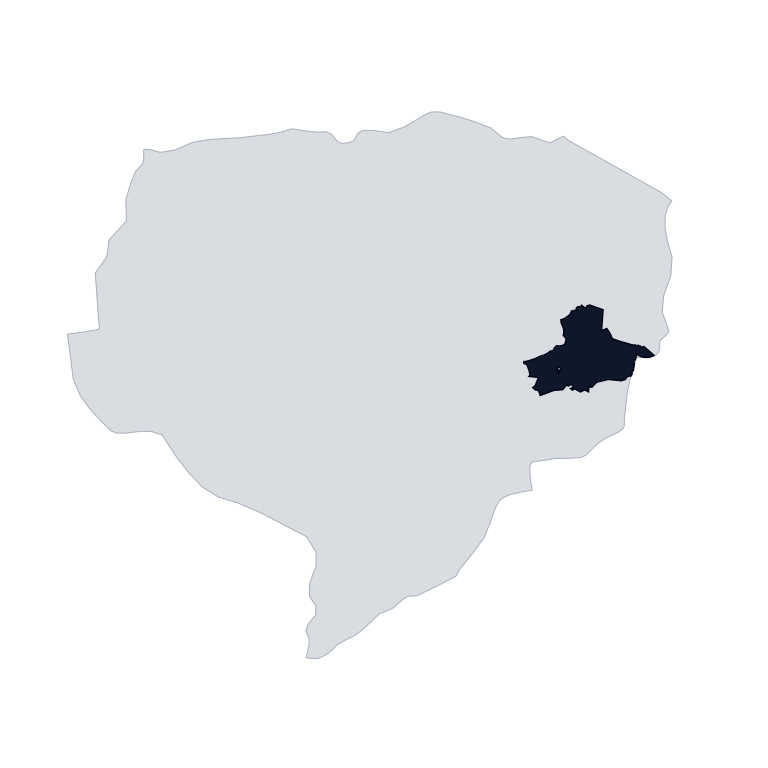 Gwanda, Matabeleland South, Zimbabwe (highlighted), rotated 263°
{"feature_id": "62879985B81037274427079", "entity_name": "Gwanda", "entity_type": "district", "adm_level": 2, "iso_a3": "ZWE", "parent_name": "Zimbabwe", "parent_adm1": "Matabeleland South", "projection": "equal_earth", "projection_center": [29.396, -21.277], "detail": "fine", "context": "in_parent", "style": "filled", "palette": "ink", "viewbox_px": 768, "rotation_deg": 263, "n_neighbors": 0, "source": "geoboundaries", "source_scale": "gbopen_adm2", "svg_char_len": 7186}
<svg xmlns="http://www.w3.org/2000/svg" viewBox="0 0 768 768"><g transform="rotate(263 384 384)"><path d="M530.7,692.0L524.6,686.8L516.3,683.5L505.7,682.0L492.0,682.6L475.1,685.4L457.0,682.0L437.6,672.4L421.5,668.9L402.3,673.1L401.5,673.2L398.2,670.0L392.9,662.9L384.1,661.7L381.8,660.0L379.8,657.4L378.5,654.0L378.0,650.3L379.4,638.7L378.7,637.4L376.3,636.0L371.5,634.6L359.9,629.3L345.4,624.3L321.8,618.7L312.6,617.2L310.5,615.5L307.8,611.2L303.3,597.8L299.0,589.0L288.7,575.4L287.1,571.2L287.6,560.4L288.3,551.6L289.3,544.2L288.8,537.2L288.6,528.6L288.9,522.8L287.6,520.3L283.9,518.5L273.3,517.7L260.6,518.1L260.2,509.3L258.9,495.7L256.5,487.9L253.5,483.8L247.7,479.6L235.8,473.7L219.6,464.9L205.7,451.8L189.8,435.5L184.8,432.6L178.9,417.3L169.8,391.1L170.3,382.3L168.9,378.0L160.2,365.1L158.2,358.4L156.6,351.6L142.7,332.7L137.9,324.4L134.3,313.8L130.6,305.3L127.6,301.9L123.6,296.1L120.8,289.5L119.6,284.5L120.5,277.9L121.8,273.4L135.0,278.1L142.2,278.5L147.8,276.2L154.8,279.3L163.1,287.9L172.1,289.5L181.9,284.2L195.1,285.8L211.8,294.4L225.5,296.1L241.9,288.5L256.4,267.4L270.1,247.6L283.6,224.7L291.7,206.2L303.7,191.2L319.4,179.6L335.5,169.8L360.2,157.7L360.2,157.8L365.1,147.8L366.7,137.0L366.7,121.9L368.0,112.2L370.6,107.7L374.7,104.3L380.0,99.8L396.2,88.3L409.8,81.0L426.4,76.2L444.6,76.1L462.1,76.0L472.1,76.0L472.2,90.5L472.9,106.9L474.9,108.4L488.0,108.8L509.1,109.9L529.5,111.0L542.4,122.9L546.8,125.4L560.3,128.5L577.4,148.3L598.2,150.1L612.4,156.3L624.9,163.0L632.1,171.1L636.8,173.0L643.1,173.6L646.2,174.3L645.4,180.2L641.2,190.0L641.6,204.2L647.3,223.8L648.0,240.8L646.0,270.8L645.8,299.9L646.4,310.2L647.3,317.1L648.4,320.9L648.2,325.2L644.7,337.3L641.8,350.1L641.7,355.2L640.6,358.8L638.5,362.1L629.5,368.0L627.9,371.6L627.9,378.2L629.0,383.8L632.3,385.8L636.4,389.0L638.0,393.1L637.9,397.5L636.6,405.6L632.9,419.0L636.4,434.5L640.3,444.5L645.8,456.0L648.1,463.2L647.9,468.3L647.0,473.3L638.6,494.4L632.4,507.5L625.0,521.5L615.3,530.3L612.8,534.5L611.7,539.3L612.0,549.9L611.5,560.8L603.1,577.7L608.1,592.2L606.9,593.6L604.1,595.7L592.1,612.0L580.0,628.5L571.2,640.5L561.1,654.2L549.8,669.6L540.2,682.7L530.7,692.0Z" fill="#d9dde1" stroke="#a8b0b8" stroke-width="1"/><path d="M438.0,589.7L437.7,589.6L437.2,589.8L436.9,589.6L436.8,589.4L436.7,589.2L436.8,588.6L436.9,588.4L437.0,588.2L437.0,587.9L436.8,587.8L436.7,587.6L436.7,587.1L436.7,586.8L436.7,586.5L436.6,586.3L436.8,586.2L437.1,586.1L437.2,585.9L436.9,585.5L436.8,585.4L436.7,585.3L436.7,585.1L436.4,584.9L436.2,584.7L436.2,584.4L435.9,584.4L435.3,584.1L434.7,583.9L434.3,583.9L434.2,583.8L434.1,583.6L434.0,583.1L434.0,582.8L433.9,582.5L433.9,582.4L433.8,582.5L433.7,582.4L433.6,582.2L433.6,581.9L433.5,581.7L433.4,581.6L433.2,581.4L432.9,581.2L432.9,580.9L433.0,580.3L433.0,580.2L433.5,579.9L433.8,579.7L433.7,579.5L433.6,579.3L433.7,579.2L433.5,578.9L433.3,579.0L433.1,578.9L432.7,578.6L432.2,578.2L431.9,578.2L431.7,578.0L431.6,577.9L431.4,577.9L431.2,577.7L430.9,577.6L430.3,576.9L430.1,576.6L429.9,576.2L429.3,575.5L429.1,575.5L429.0,575.3L428.9,575.1L428.8,574.6L428.6,574.4L428.5,574.2L428.6,573.6L428.5,573.4L428.4,573.4L428.1,573.5L427.9,573.6L427.8,573.3L427.7,573.3L427.5,572.7L427.4,572.5L427.3,572.3L427.3,572.2L427.0,570.8L426.5,569.2L426.3,568.6L426.2,568.5L426.2,568.4L426.3,568.2L426.2,567.8L426.2,567.4L425.9,567.4L423.4,567.3L416.8,569.0L412.9,568.7L410.5,567.9L410.2,568.1L409.7,568.4L406.5,570.4L401.0,568.1L401.0,567.6L401.0,567.2L400.9,566.8L400.4,566.3L400.3,566.0L400.5,565.4L400.5,565.1L400.2,563.4L400.2,563.0L400.2,562.9L400.3,562.4L400.7,561.8L400.8,561.3L400.8,561.2L400.9,560.7L400.9,560.3L400.6,559.6L400.5,559.3L400.4,559.1L400.1,558.8L399.8,558.5L399.6,558.4L399.4,558.0L399.0,557.5L398.8,557.3L398.3,557.1L397.9,556.9L397.5,556.9L397.2,556.9L397.1,556.7L396.9,556.6L396.7,555.5L396.4,555.0L396.4,554.6L396.4,554.1L396.4,553.7L396.1,552.3L396.0,552.2L395.9,552.1L395.2,551.5L395.0,551.3L395.0,551.2L395.1,550.8L395.1,550.7L394.6,550.2L394.3,549.8L394.3,549.7L394.3,549.1L394.2,548.8L394.1,548.5L393.6,547.8L393.6,547.7L393.4,546.7L393.1,545.8L393.0,544.5L392.7,543.3L391.9,540.2L391.6,539.7L391.4,539.2L391.2,538.2L390.9,537.4L390.6,536.6L390.3,535.5L390.3,534.9L390.3,534.3L390.2,533.9L390.1,533.7L389.9,533.0L389.9,532.4L389.7,531.7L389.4,530.5L389.4,530.3L389.3,530.1L389.4,529.7L389.3,528.8L389.2,528.7L389.1,527.6L389.1,527.2L389.1,526.9L389.1,526.2L389.2,525.6L387.6,525.2L385.9,528.0L380.1,529.6L376.8,529.9L375.2,530.1L373.9,528.8L371.7,538.1L365.0,534.5L364.3,534.5L362.3,531.2L359.8,533.4L359.7,533.8L359.6,534.0L358.8,536.3L355.2,537.5L353.6,537.6L354.8,542.7L357.0,552.1L356.9,553.2L356.6,560.7L357.9,562.1L360.1,564.1L360.8,564.8L359.5,566.8L360.0,567.8L360.3,568.6L360.7,569.4L360.9,570.0L360.1,570.5L358.0,571.7L356.6,568.6L355.0,570.3L355.9,572.8L354.1,575.3L352.2,578.0L353.7,582.5L351.3,586.0L354.5,586.7L356.3,587.1L356.1,587.9L355.4,589.9L359.8,595.2L360.1,597.0L360.3,599.5L361.2,606.9L360.4,610.6L360.1,612.0L358.7,618.2L358.3,620.1L358.5,620.6L358.6,621.0L358.6,621.5L358.8,622.0L359.2,622.1L359.3,622.1L359.5,622.3L359.5,622.5L359.4,622.7L359.1,622.7L359.0,622.8L358.8,623.1L358.8,623.4L358.9,623.5L359.0,623.7L359.3,623.8L359.4,624.0L359.5,624.4L359.6,624.5L359.9,624.6L360.0,624.7L360.4,624.6L360.5,625.1L361.0,625.3L361.0,625.8L361.7,626.6L361.8,627.2L361.7,628.0L362.1,628.7L361.8,630.1L363.1,631.2L363.7,631.4L364.9,631.4L365.4,631.6L367.5,633.4L369.5,633.7L370.3,634.2L371.4,634.3L373.1,634.9L374.2,635.2L375.5,634.7L376.3,634.7L376.9,635.4L377.2,636.1L377.3,636.1L377.5,636.5L378.3,636.7L379.1,636.9L379.5,637.3L380.1,637.6L380.9,637.6L381.8,638.3L382.1,638.8L382.2,639.2L380.5,641.3L379.4,643.5L378.7,645.7L378.7,645.8L378.5,647.1L378.4,648.2L378.3,649.0L378.3,650.4L378.5,651.9L378.8,653.3L379.0,654.1L379.5,655.5L387.0,648.8L389.6,646.5L389.5,646.2L389.3,645.8L389.3,645.5L389.2,645.0L389.0,644.5L388.9,644.4L389.0,644.3L389.1,644.2L389.3,644.2L389.4,643.8L389.7,643.5L389.8,643.4L390.1,643.2L390.4,643.1L390.5,643.0L390.5,642.9L390.3,642.4L390.3,642.2L390.4,641.9L390.7,641.4L390.8,641.2L391.0,641.3L391.3,641.4L391.5,641.2L391.4,640.8L391.3,640.7L391.0,640.4L390.9,640.3L390.8,639.9L390.8,639.6L390.9,639.4L391.0,639.3L391.5,639.2L391.6,638.8L391.7,638.7L391.8,638.6L391.9,638.4L391.9,638.2L392.0,638.1L392.1,637.9L392.2,637.0L392.1,636.7L392.3,636.2L392.3,635.8L392.3,635.6L392.5,635.7L392.7,635.1L392.7,634.9L392.6,634.6L392.9,633.9L393.4,633.2L393.5,633.1L393.6,632.9L394.0,631.8L394.7,630.2L395.1,629.4L397.0,624.5L400.5,617.4L401.2,616.1L405.9,614.8L407.4,614.2L408.4,613.6L410.5,612.6L411.9,611.9L411.5,610.4L410.3,606.4L410.6,606.5L410.8,606.5L413.9,607.1L427.4,609.8L427.6,609.8L430.2,610.3L431.0,610.5L431.3,609.9L433.0,606.5L433.1,606.3L433.6,605.1L434.2,603.9L435.3,601.8L436.0,600.4L437.3,597.9L437.2,597.2L436.9,595.1L436.2,594.6L434.5,593.4L438.0,589.7ZM376.5,557.9L376.6,557.2L377.2,557.4L377.2,557.8L378.1,558.1L379.0,558.4L379.3,558.5L379.1,559.1L379.2,559.5L378.9,560.6L378.1,561.1L377.0,561.6L376.8,560.9L376.5,560.9L376.5,560.6L376.3,560.6L376.2,560.5L376.1,560.2L375.1,559.9L373.5,558.8L373.5,558.1L376.3,559.1L376.1,558.4L376.2,557.7L376.5,557.9Z" fill="#0f172a" stroke="#020617" stroke-width="1.5"/></g></svg>